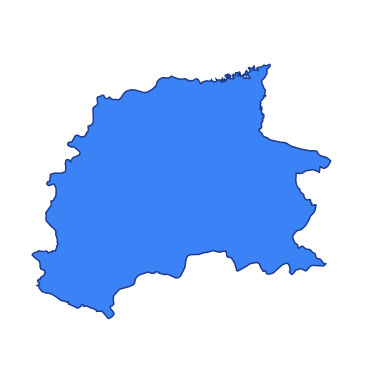 the district of Landak, Kalimantan Barat, Indonesia, rotated 191°
{"feature_id": "22746128B55433427549228", "entity_name": "Landak", "entity_type": "district", "adm_level": 2, "iso_a3": "IDN", "parent_name": "Indonesia", "parent_adm1": "Kalimantan Barat", "projection": "mercator", "projection_center": [109.722, 0.511], "detail": "fine", "context": "isolated", "style": "filled", "palette": "blue", "viewbox_px": 384, "rotation_deg": 191, "n_neighbors": 0, "source": "geoboundaries", "source_scale": "gbopen_adm2", "svg_char_len": 6008}
<svg xmlns="http://www.w3.org/2000/svg" viewBox="0 0 384 384"><g transform="rotate(191 192 192)"><path d="M47.1,147.1L48.5,146.8L49.6,147.4L53.1,150.5L56.8,150.7L58.1,151.9L59.2,154.7L62.6,156.0L65.0,157.9L69.3,157.8L73.2,159.9L74.6,159.2L76.1,157.5L77.2,157.3L78.0,159.7L78.8,160.5L81.9,162.2L84.9,167.3L82.9,172.1L81.1,174.3L78.4,175.4L75.4,178.7L73.8,181.4L71.6,187.9L71.4,190.4L68.8,194.5L67.8,197.4L67.7,202.8L69.3,202.8L69.6,202.2L70.1,202.5L71.3,201.8L72.4,202.0L72.2,203.9L73.9,204.8L74.0,206.6L75.4,207.1L76.3,206.4L78.0,206.2L79.6,206.9L80.8,208.2L82.0,210.8L85.6,212.9L86.5,214.1L86.7,215.4L87.8,215.4L90.6,218.6L91.1,219.8L92.3,222.8L93.3,230.4L88.7,230.9L86.4,232.2L85.3,233.8L84.1,234.6L78.0,236.9L75.6,236.8L70.8,235.7L71.1,241.3L67.4,240.3L65.9,240.9L64.0,242.7L62.7,245.5L61.8,249.0L66.2,251.5L73.5,252.3L75.4,253.4L77.2,255.8L80.6,255.8L82.6,255.0L92.9,254.9L103.5,255.9L109.6,258.3L114.8,257.7L125.5,258.1L128.3,259.5L132.4,260.2L135.3,263.4L137.7,264.6L138.1,266.6L137.7,267.0L136.9,267.0L136.0,268.5L136.4,270.6L137.3,271.7L136.3,274.3L136.8,276.1L136.2,275.9L136.6,277.9L135.8,278.6L136.0,280.9L137.0,282.0L137.2,281.4L137.8,281.3L138.0,282.4L139.1,283.5L139.5,285.2L139.1,286.2L141.0,286.4L141.1,288.0L139.6,287.8L139.5,288.1L140.1,288.8L140.9,288.8L141.0,289.9L141.8,290.9L141.2,291.9L142.1,293.5L139.4,298.4L140.0,300.0L139.4,300.3L138.2,300.0L138.0,300.6L139.2,301.5L139.5,306.1L141.2,307.6L144.6,313.1L144.8,314.0L144.5,315.1L142.8,317.6L141.3,321.7L141.1,323.1L141.8,326.8L139.4,330.1L139.5,331.5L140.2,332.1L142.6,330.2L145.7,330.2L147.2,328.2L151.7,326.6L151.8,325.8L150.4,324.6L150.3,323.8L152.1,324.2L153.8,323.3L155.2,323.4L155.3,323.9L154.0,325.2L155.2,327.4L156.6,324.6L160.0,325.0L160.1,324.1L157.3,322.0L159.6,319.9L160.4,320.1L161.7,321.5L162.2,320.5L162.2,318.3L161.7,317.2L161.0,316.7L160.0,318.2L159.5,318.2L159.0,316.6L156.7,315.6L156.7,315.0L157.8,314.0L160.4,314.9L160.9,314.7L161.2,313.5L162.9,313.7L163.4,314.8L163.0,317.3L163.3,317.6L166.1,314.7L167.9,318.6L168.6,318.8L168.8,318.1L167.9,315.8L168.7,314.6L169.3,314.7L168.7,316.1L168.9,317.0L170.4,317.8L172.0,317.3L171.8,315.2L172.2,314.3L172.9,314.4L173.7,315.5L174.1,315.3L174.1,313.0L172.5,312.0L173.6,311.0L176.8,310.6L176.0,313.3L178.6,314.5L179.5,314.5L179.9,314.1L177.9,312.6L177.6,311.4L178.0,310.5L178.6,310.8L180.1,313.0L181.5,313.1L181.6,312.2L179.5,310.7L179.5,309.3L180.1,308.5L182.4,309.4L180.5,308.0L180.1,307.2L181.1,306.8L182.2,308.1L183.1,305.3L183.7,305.6L183.3,308.0L183.9,309.2L184.9,306.3L185.9,307.3L186.8,307.3L187.9,306.5L189.7,307.4L188.7,305.7L191.1,304.0L192.6,304.9L193.9,305.0L194.3,306.0L195.3,304.3L197.2,303.8L198.5,304.1L202.8,301.9L203.6,300.0L204.7,300.5L207.2,303.3L208.4,304.0L209.9,303.7L212.3,301.4L213.4,301.5L215.2,300.6L218.7,301.3L219.9,302.0L224.5,300.5L227.8,300.5L234.5,301.7L236.5,299.3L241.5,298.9L243.1,298.4L245.8,296.2L247.1,293.9L247.6,289.2L251.2,284.6L255.5,281.2L258.4,280.4L267.5,281.3L271.8,280.5L275.9,278.3L277.6,276.0L280.0,270.2L282.1,268.3L284.0,268.4L287.2,267.6L289.6,268.4L290.9,269.5L292.4,267.8L293.5,267.4L295.0,267.5L295.5,267.6L296.9,269.7L298.2,270.1L299.4,269.0L302.4,267.5L303.1,266.1L301.6,261.1L301.6,259.6L304.8,256.3L305.1,254.8L302.6,244.2L302.4,241.7L302.6,240.5L303.7,238.5L306.6,236.7L305.6,233.5L305.6,231.8L306.6,230.3L307.4,227.0L308.3,225.9L312.0,224.8L315.0,226.0L316.9,225.2L317.5,224.4L319.3,218.8L320.6,217.7L322.4,217.3L323.1,216.0L323.0,214.9L322.2,213.8L318.5,213.1L317.7,213.6L316.3,213.6L313.2,212.1L310.0,210.0L309.3,208.8L309.4,207.7L310.0,206.7L311.7,205.6L312.5,204.5L315.0,203.5L316.5,200.6L316.6,198.7L317.6,198.7L318.9,200.1L321.0,199.9L321.8,199.0L321.8,195.5L320.8,193.2L320.0,187.9L324.4,185.3L330.0,184.5L334.2,182.4L334.4,182.0L333.9,180.0L334.1,178.5L333.6,176.0L334.6,174.9L335.6,174.5L336.2,172.7L335.6,171.6L334.1,171.1L332.5,171.4L330.5,173.0L329.0,173.4L327.1,171.3L325.9,169.0L324.9,162.9L325.2,161.1L325.9,159.7L326.4,157.1L328.7,156.2L327.7,152.1L331.6,143.5L330.4,140.8L330.5,138.6L329.7,136.0L324.6,132.0L320.0,129.3L318.7,128.1L317.8,126.6L317.7,124.5L315.1,119.6L314.7,117.0L313.8,115.4L314.0,113.9L314.6,113.1L314.2,112.5L314.5,109.9L315.2,108.0L317.8,107.5L317.9,106.6L318.9,106.6L319.2,105.8L320.5,105.5L321.1,104.9L322.2,105.1L322.7,106.0L323.7,106.3L326.3,105.2L331.4,105.0L332.2,103.8L334.4,102.8L336.5,101.0L336.9,99.9L334.8,98.1L328.5,94.8L327.1,91.7L327.0,89.8L326.3,88.6L325.4,87.4L322.0,87.0L321.2,85.1L320.5,84.6L321.8,81.6L324.1,79.3L324.5,78.1L324.3,77.0L326.1,76.8L326.1,76.1L326.6,75.4L325.6,74.1L324.1,73.2L324.5,72.1L326.2,70.6L324.2,70.2L323.4,68.3L320.3,65.7L315.5,64.9L313.6,65.4L309.4,64.7L305.1,63.1L301.0,61.0L298.8,60.4L295.7,60.5L293.9,60.0L292.2,60.6L292.1,58.8L291.7,58.4L286.1,57.3L282.7,56.2L281.9,56.3L279.5,58.2L278.6,60.3L277.9,60.8L277.3,60.5L276.7,59.1L274.0,60.0L270.9,59.5L269.2,58.8L267.2,58.9L265.2,58.1L263.7,58.1L263.3,57.8L262.9,56.6L258.2,57.8L256.1,56.8L251.0,52.5L249.5,51.9L246.8,54.2L245.3,57.1L245.8,58.7L249.8,62.1L250.2,63.7L249.9,64.5L248.2,65.4L247.4,67.1L248.9,72.1L249.1,75.4L244.7,82.5L242.2,84.0L235.9,87.0L232.1,89.6L231.0,91.5L231.0,95.3L229.6,98.8L226.9,101.2L219.1,105.3L217.1,104.5L214.9,104.7L213.0,105.5L212.3,106.9L209.6,106.9L209.1,106.1L202.5,105.7L201.6,106.6L199.1,106.4L191.2,104.5L188.6,105.7L187.2,107.5L184.6,116.5L185.0,124.1L184.6,127.5L183.5,129.0L181.5,130.2L173.5,132.0L168.1,135.0L165.8,135.5L160.1,138.5L153.5,138.1L149.8,139.9L147.6,140.2L146.9,139.5L145.6,135.9L145.0,135.2L144.3,134.9L141.0,135.0L137.8,131.8L135.4,128.3L135.4,127.8L134.0,125.6L133.2,123.3L131.8,123.3L124.1,129.8L121.5,132.6L115.2,135.2L112.2,134.4L109.4,130.0L107.5,128.7L107.3,127.9L106.5,127.8L104.8,128.7L103.6,126.4L102.5,125.9L100.6,126.1L96.8,128.0L89.3,138.0L85.7,140.1L84.2,140.0L82.8,138.8L81.4,136.2L80.9,133.8L81.1,132.1L78.7,130.1L77.1,131.2L75.3,134.8L74.5,135.5L70.3,137.5L65.6,136.2L64.7,136.7L61.7,141.7L59.8,143.0L50.6,144.2L48.5,144.8L47.4,146.0L47.1,147.1Z" fill="#3b82f6" stroke="#1e3a8a" stroke-width="1.5"/></g></svg>